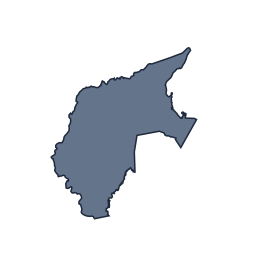 Santa Cruz de Yojoa, Cortés, Honduras, rotated 202°
{"feature_id": "27666195B60496786118463", "entity_name": "Santa Cruz de Yojoa", "entity_type": "district", "adm_level": 2, "iso_a3": "HND", "parent_name": "Honduras", "parent_adm1": "Cortés", "projection": "equal_earth", "projection_center": [-87.884, 14.996], "detail": "fine", "context": "isolated", "style": "filled", "palette": "slate", "viewbox_px": 256, "rotation_deg": 202, "n_neighbors": 0, "source": "geoboundaries", "source_scale": "gbopen_adm2", "svg_char_len": 5764}
<svg xmlns="http://www.w3.org/2000/svg" viewBox="0 0 256 256"><g transform="rotate(202 128 128)"><path d="M99.1,223.4L99.5,223.9L100.8,225.1L101.6,225.1L102.2,224.8L103.0,223.8L105.6,217.9L116.3,208.1L129.9,196.3L131.8,195.8L132.9,194.9L133.4,193.9L134.1,191.1L135.6,187.6L136.8,187.4L137.5,187.0L139.0,183.9L139.8,183.7L140.6,182.8L141.2,182.7L141.8,182.1L142.5,182.1L142.7,181.9L143.0,181.0L143.0,180.1L142.4,178.9L142.4,178.7L142.9,178.1L144.2,177.2L144.5,175.2L145.0,174.2L145.8,174.1L146.5,173.8L147.3,173.8L147.7,173.5L150.2,173.3L150.4,173.2L150.6,172.5L150.8,172.3L151.8,173.1L152.9,173.3L154.3,171.8L154.2,171.3L153.6,170.8L153.6,170.6L155.8,170.1L156.2,170.6L156.8,170.4L157.1,170.0L157.6,168.3L158.1,167.5L158.6,167.7L159.1,168.2L159.5,169.0L160.1,168.1L161.3,167.6L162.8,166.2L163.2,164.6L163.9,163.3L163.6,162.0L164.0,160.4L165.6,160.8L167.0,161.4L167.6,161.9L168.4,161.7L169.1,162.1L169.4,162.0L169.5,161.5L169.3,159.3L169.5,158.2L169.0,157.5L168.9,157.0L169.7,156.7L170.4,155.1L171.4,154.0L172.2,153.7L175.2,153.4L176.8,152.7L177.2,153.0L177.7,153.0L178.3,152.6L179.1,151.0L179.8,151.0L180.9,150.0L181.6,150.3L182.1,150.1L182.4,148.9L184.2,147.7L184.4,147.3L185.1,145.6L186.2,143.4L186.5,142.2L186.7,140.0L187.4,138.6L187.3,137.6L186.5,134.1L185.9,133.1L185.0,133.3L184.4,133.1L184.2,132.4L184.7,130.5L184.9,127.0L184.5,125.6L184.3,124.2L184.4,123.6L185.1,122.6L185.0,120.5L185.2,119.9L185.6,119.6L186.2,119.8L186.7,120.3L187.4,118.8L187.5,117.9L186.9,116.2L186.4,115.7L184.6,114.8L183.5,112.3L183.3,110.5L183.6,107.8L182.8,106.5L182.1,104.7L181.8,103.7L181.7,102.6L182.2,101.5L182.5,99.8L183.4,97.8L183.8,96.5L183.8,95.3L183.3,93.1L183.5,90.4L183.6,89.7L186.4,88.5L188.0,86.5L188.3,85.9L188.4,84.6L187.8,83.2L187.6,82.9L186.5,82.8L186.2,82.4L186.4,81.1L187.2,80.1L187.3,79.5L187.0,78.5L186.1,77.8L185.8,77.2L186.1,75.9L186.6,75.0L188.1,73.0L188.3,72.5L188.3,72.2L186.7,71.1L185.6,71.3L185.1,70.1L183.6,68.7L181.7,65.1L181.0,64.7L180.5,63.9L180.3,63.4L180.3,61.8L179.7,60.8L177.8,59.5L175.3,58.2L174.6,56.9L174.2,56.8L172.9,58.0L172.0,58.3L170.7,59.7L169.2,60.1L168.4,60.0L168.2,59.4L167.6,58.8L165.4,58.3L164.4,58.3L164.0,58.1L163.6,57.5L163.5,56.5L163.7,56.3L164.4,56.4L164.6,56.2L164.8,53.9L164.8,53.0L162.9,49.2L161.6,49.3L160.9,49.6L160.0,50.5L159.3,51.8L158.4,52.3L157.9,51.9L157.5,50.9L157.3,48.0L156.0,47.0L154.7,47.0L153.8,47.7L152.2,48.5L151.5,48.4L150.7,47.9L150.1,47.8L149.1,48.6L148.1,48.8L147.5,48.7L146.0,47.5L145.5,46.9L144.7,45.6L145.2,43.6L145.8,42.2L145.7,40.6L145.4,39.8L144.8,39.2L143.5,39.3L142.6,38.5L140.8,36.1L140.3,35.3L139.8,32.4L139.2,31.9L138.2,31.3L135.4,30.9L133.1,31.0L130.6,31.7L129.8,32.0L128.7,32.7L127.5,32.9L126.6,32.6L125.1,31.3L112.7,39.5L113.5,39.9L114.2,39.4L114.3,39.7L114.1,40.3L114.4,40.4L114.7,41.8L115.1,42.1L115.3,42.9L115.6,43.1L116.0,42.9L116.4,43.2L117.0,42.7L117.2,42.9L117.0,43.3L117.5,43.5L117.5,43.8L117.8,44.6L117.8,45.2L117.2,45.9L117.1,46.5L116.5,46.9L116.8,47.3L116.8,47.5L115.8,47.6L116.0,48.1L115.9,48.7L116.4,49.0L117.0,48.4L117.2,48.6L117.3,49.2L116.8,49.4L116.6,50.0L117.2,50.2L117.0,50.6L117.1,51.0L117.6,50.7L117.8,50.8L117.7,52.4L118.3,51.5L118.5,51.6L118.6,52.2L118.2,52.4L118.2,53.8L118.3,54.0L118.6,54.1L118.8,53.2L119.2,53.1L119.5,53.3L119.5,53.6L118.9,53.9L118.8,54.1L119.3,55.3L119.3,56.0L118.6,56.5L117.4,56.8L117.0,57.1L116.9,57.4L116.8,58.6L117.3,59.1L117.7,59.9L118.5,60.5L118.4,61.6L117.8,61.9L116.3,61.9L116.2,62.2L116.9,62.6L117.0,62.9L116.2,64.1L115.9,66.2L115.5,66.5L114.6,66.7L115.0,66.2L114.7,66.0L113.9,66.6L114.3,67.2L113.9,68.8L114.2,69.7L114.4,70.7L114.1,71.6L113.6,72.0L114.0,72.4L113.9,73.1L113.6,73.3L113.1,73.3L112.9,73.5L113.0,73.8L113.5,74.3L113.1,74.7L113.1,75.6L112.6,75.2L112.3,75.1L112.7,78.6L112.6,79.0L112.3,79.1L112.2,79.4L112.4,80.0L113.3,81.1L113.0,81.6L113.3,82.5L112.7,83.0L112.6,83.4L112.6,83.5L113.1,83.3L113.2,83.5L113.2,84.0L112.7,84.1L112.7,84.4L113.7,84.9L113.7,85.1L113.2,85.6L113.7,86.9L113.6,87.0L113.2,86.7L113.2,87.7L112.9,87.5L112.8,87.9L112.4,88.3L112.3,89.9L112.0,90.2L111.3,90.4L111.0,91.8L110.6,91.5L110.1,91.8L109.8,91.2L109.0,91.0L108.9,90.5L108.3,90.7L108.2,90.2L107.9,90.2L107.5,90.7L107.2,90.7L107.0,90.4L107.0,89.6L106.9,89.4L106.4,89.7L105.7,89.4L105.0,89.7L113.2,108.3L116.9,124.5L97.8,136.7L92.7,136.9L92.5,136.6L91.8,136.2L91.3,135.4L90.2,135.4L89.5,135.1L87.3,136.0L85.0,135.7L84.8,135.8L84.6,136.2L79.7,136.5L79.7,135.1L71.7,129.6L67.6,161.5L69.9,161.8L78.3,158.8L78.8,159.0L79.0,160.0L79.1,161.1L79.4,161.2L79.6,160.9L80.2,161.3L80.3,160.8L80.8,160.6L81.1,160.3L81.4,160.3L81.6,160.0L81.7,158.9L82.1,157.9L81.9,157.7L81.4,157.9L81.3,157.6L82.8,156.8L83.9,157.5L84.2,157.5L84.5,157.7L85.9,158.3L86.2,158.6L86.8,158.7L88.1,159.8L89.9,160.5L90.4,160.9L91.6,161.1L92.4,161.9L93.1,161.9L93.8,162.3L94.0,161.7L94.4,161.7L94.8,162.3L95.3,162.9L95.3,163.1L95.0,163.3L94.0,162.7L93.8,162.8L93.8,163.2L94.6,164.3L96.0,165.9L96.5,166.8L96.7,168.0L97.6,168.3L97.7,169.3L99.1,171.8L98.9,173.0L99.2,173.8L99.9,174.3L100.4,174.2L100.8,173.8L101.2,172.6L101.5,172.4L102.3,172.3L103.0,172.4L105.3,173.7L105.9,174.8L106.1,176.1L106.6,177.9L109.0,181.5L109.4,181.5L109.7,181.8L109.5,183.0L109.7,184.3L109.6,185.3L108.0,189.1L107.4,189.9L107.1,191.1L106.9,192.7L106.9,195.9L105.6,198.6L104.8,201.1L104.2,201.6L103.3,202.0L102.7,202.9L102.0,202.6L101.8,202.6L100.9,203.8L100.6,206.8L100.5,207.3L100.5,207.9L100.1,208.9L99.9,211.2L100.0,212.3L99.8,213.4L100.0,214.3L100.3,217.4L100.1,218.8L99.9,219.3L99.9,220.1L99.1,223.4ZM83.1,163.4L83.8,162.5L83.7,161.9L83.5,161.7L81.8,161.4L80.0,161.8L79.6,162.1L79.4,162.4L79.6,162.9L80.2,163.1L80.6,162.9L81.9,162.9L83.1,163.4ZM100.6,177.1L100.8,176.9L100.8,176.1L100.4,175.1L100.1,174.9L99.8,175.4L99.8,176.7L100.0,176.9L100.6,177.1Z" fill="#64748b" stroke="#1e293b" stroke-width="1.5"/></g></svg>